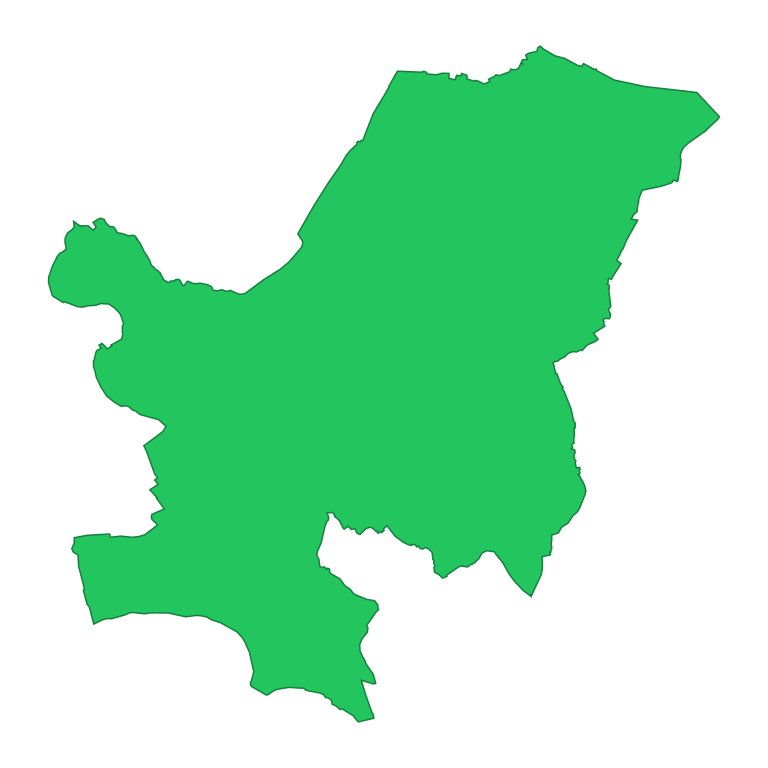 the district of Oude IJsselstreek, Gelderland, Netherlands
{"feature_id": "6326949B61856453224086", "entity_name": "Oude IJsselstreek", "entity_type": "district", "adm_level": 2, "iso_a3": "NLD", "parent_name": "Netherlands", "parent_adm1": "Gelderland", "projection": "orthographic", "projection_center": [6.392, 51.903], "detail": "fine", "context": "isolated", "style": "filled", "palette": "green", "viewbox_px": 768, "rotation_deg": 0, "n_neighbors": 0, "source": "geoboundaries", "source_scale": "gbopen_adm2", "svg_char_len": 6029}
<svg xmlns="http://www.w3.org/2000/svg" viewBox="0 0 768 768"><path d="M719.5,116.8L696.8,92.5L645.3,86.6L614.5,80.1L596.2,70.4L596.2,69.2L593.3,69.3L593.4,68.9L583.5,63.6L581.9,66.3L577.7,65.4L564.4,58.3L554.9,55.8L543.7,49.2L540.2,46.1L537.6,48.0L537.0,51.3L528.2,53.4L525.7,55.1L527.3,59.5L522.5,59.8L521.4,62.1L522.7,63.8L520.8,63.4L519.1,67.5L518.0,68.7L514.8,69.9L510.5,69.2L510.0,71.6L499.7,75.5L495.9,74.9L494.2,76.5L488.6,79.2L489.8,81.3L484.1,84.2L478.5,81.2L475.0,80.4L474.3,81.1L467.1,79.1L466.9,75.2L461.6,73.5L460.8,76.0L456.6,75.3L455.2,79.7L448.9,78.5L449.1,73.4L442.3,73.2L436.2,74.8L427.3,74.0L426.3,72.2L423.6,71.3L421.8,72.2L397.4,71.2L388.8,86.3L389.0,86.9L384.3,95.3L373.2,113.6L362.9,140.2L360.9,140.6L360.2,141.9L358.7,141.3L357.7,141.8L356.9,142.7L356.9,144.3L349.6,151.2L346.4,155.1L340.4,165.5L329.0,181.8L313.8,205.8L297.8,233.9L302.8,241.6L302.2,245.6L301.3,247.6L289.2,261.8L280.3,269.2L263.9,279.5L244.8,293.7L240.8,294.3L238.3,293.9L230.2,290.4L226.8,291.5L221.8,289.7L217.5,290.8L213.2,290.4L211.5,286.6L207.4,284.7L200.2,283.2L194.0,283.8L187.9,281.3L187.0,281.5L184.7,285.0L182.9,285.7L180.2,280.7L178.8,279.4L175.8,279.6L174.2,280.9L170.4,281.1L169.6,282.2L168.2,282.5L163.5,279.7L160.2,272.9L157.6,270.4L155.4,269.6L154.2,267.5L151.2,265.2L150.3,261.9L147.8,257.1L144.3,251.9L140.1,243.2L136.4,238.7L137.1,238.7L134.9,235.9L133.0,235.2L128.5,235.9L122.6,233.6L117.4,232.8L114.1,227.3L112.6,226.6L109.8,226.7L105.6,222.6L104.3,219.6L100.9,218.2L98.2,219.1L93.0,222.4L96.1,226.8L93.5,230.4L88.1,225.8L81.2,225.8L80.8,226.5L73.6,221.4L74.1,227.3L71.6,230.0L67.4,233.1L65.2,237.9L65.0,242.2L66.3,248.9L62.5,252.1L59.9,253.2L57.5,256.0L52.3,266.4L48.7,277.1L48.5,282.5L52.1,295.0L53.1,296.3L63.2,302.6L64.9,301.9L77.7,306.7L82.7,307.1L88.1,305.8L95.6,305.3L100.7,303.6L108.9,304.0L114.9,308.2L120.3,314.0L123.6,323.7L122.3,326.5L122.4,332.4L122.9,333.7L121.5,339.2L110.8,345.2L111.5,346.4L107.0,349.0L105.6,346.8L101.9,343.4L99.0,345.2L101.2,348.4L97.1,350.3L95.9,352.3L94.0,360.8L93.4,360.9L93.6,367.1L94.7,369.9L96.3,377.1L100.9,387.0L106.7,396.1L113.7,401.7L120.8,406.2L126.3,405.8L129.1,406.8L132.2,409.9L135.5,411.0L140.2,414.6L158.6,419.6L166.0,426.4L162.7,431.7L143.8,445.8L146.2,450.4L154.7,474.0L157.7,477.9L154.6,480.1L158.2,484.3L149.8,489.8L157.0,497.5L156.3,497.9L164.2,509.0L151.9,514.3L151.3,517.0L152.0,519.5L157.6,525.0L144.8,534.8L138.9,536.5L132.3,537.3L120.5,536.1L110.5,537.3L109.6,534.0L87.4,535.3L74.3,537.7L74.2,543.1L71.8,548.6L73.3,552.1L78.1,555.0L78.6,566.1L84.5,589.0L83.3,590.0L87.0,604.0L89.3,607.0L93.8,624.1L102.1,619.9L107.4,618.5L111.2,618.8L125.0,614.9L129.4,612.9L133.3,612.5L144.6,613.8L150.9,612.8L168.3,613.0L185.7,616.8L196.3,615.4L201.2,615.8L207.2,617.1L211.5,619.8L220.7,622.8L236.9,631.8L242.5,637.9L244.8,641.9L249.4,652.2L253.7,671.4L252.9,675.5L250.4,683.6L250.7,685.3L251.7,686.6L266.4,695.1L268.3,694.5L274.1,690.5L278.0,689.1L289.0,687.4L304.0,688.3L306.0,690.3L320.1,693.1L324.2,694.9L324.6,696.3L325.7,697.6L327.8,697.7L330.4,699.4L331.6,700.9L332.1,704.0L332.6,704.4L336.2,706.1L339.7,709.3L342.4,709.0L353.0,715.6L358.2,721.9L373.9,718.2L373.0,713.9L371.8,712.1L365.7,694.9L361.3,680.3L373.6,684.0L375.7,683.3L373.2,674.2L366.1,664.1L364.8,660.3L362.5,656.5L360.0,650.9L359.7,644.6L361.9,639.1L367.4,632.2L367.9,627.8L366.6,625.5L376.2,611.9L378.5,609.6L378.0,608.5L377.9,605.2L374.5,600.6L367.0,599.5L355.5,594.8L353.0,593.0L350.2,589.2L345.0,585.9L340.0,578.9L330.5,573.5L329.7,572.0L329.5,569.1L327.5,568.2L326.4,569.1L324.3,566.9L322.7,567.4L319.9,566.8L318.8,559.0L316.8,555.5L317.4,551.4L321.1,543.1L324.6,527.7L326.7,521.7L328.4,520.0L328.7,517.4L327.1,512.9L332.1,512.6L334.0,513.5L333.9,514.5L335.1,515.6L334.7,516.9L336.2,517.5L340.1,521.5L340.6,523.4L342.1,525.6L342.4,527.3L344.1,529.1L348.6,526.2L350.9,529.4L355.1,528.8L356.6,532.9L360.0,534.5L365.9,528.6L368.8,527.5L371.4,527.5L374.6,529.7L375.5,531.1L377.4,531.1L377.2,532.8L378.7,533.1L380.4,531.4L381.8,532.6L384.1,530.3L383.3,529.1L387.0,525.7L395.1,536.3L403.8,542.6L409.0,545.0L411.8,545.2L413.9,544.2L415.5,545.1L416.8,546.9L418.9,546.2L420.3,548.6L423.1,549.0L425.3,547.4L428.8,549.1L432.2,552.6L432.8,559.5L434.0,560.5L433.7,563.2L434.9,565.9L433.9,567.5L434.5,572.2L439.0,574.7L442.6,578.1L446.9,576.5L446.5,575.4L447.7,574.4L460.2,565.9L467.5,567.0L470.5,564.7L473.9,563.4L478.9,558.6L482.1,552.9L487.1,550.7L494.6,551.9L496.2,554.7L502.7,562.5L509.0,573.8L514.4,581.2L523.4,590.7L531.1,596.4L531.0,594.7L531.7,595.1L541.3,574.5L542.4,568.2L542.2,556.6L550.2,555.0L550.6,552.3L549.9,552.1L550.7,551.4L551.8,548.1L551.2,543.5L551.7,540.8L551.7,535.1L558.4,533.0L561.5,527.3L567.8,523.4L572.9,515.8L577.5,511.7L579.6,508.2L585.3,493.9L585.5,490.8L585.9,490.9L584.5,485.3L583.0,482.2L579.5,475.8L578.1,474.9L580.0,473.6L579.4,470.4L580.1,468.9L579.6,467.3L576.6,468.1L575.9,466.6L575.3,462.8L575.9,460.7L574.3,458.8L574.0,455.7L574.4,453.2L575.1,452.9L574.8,450.1L571.4,448.9L572.5,448.0L572.6,446.9L571.7,446.0L571.7,444.5L574.1,443.0L573.7,440.3L574.4,434.3L574.1,427.9L575.1,427.9L575.3,423.1L573.8,421.2L570.8,408.2L564.0,391.2L562.1,388.3L563.2,387.4L560.6,383.7L556.8,373.5L555.7,373.6L553.7,364.6L552.9,363.3L554.0,361.9L557.8,361.0L560.6,358.8L564.9,356.8L567.7,353.8L570.5,352.4L572.6,351.7L576.9,351.9L580.6,349.9L582.2,350.5L586.9,345.1L595.5,341.4L598.0,339.2L593.6,333.1L604.9,326.1L603.7,324.1L604.0,321.5L603.1,320.1L603.4,319.3L605.7,318.4L609.4,318.7L610.6,315.5L610.1,313.2L608.3,310.1L610.8,306.3L608.6,289.0L609.2,288.8L609.4,287.1L608.8,284.8L607.1,284.1L608.1,282.7L608.1,280.1L608.6,278.3L611.5,279.4L612.7,276.7L621.1,263.6L616.9,260.5L622.2,249.4L623.0,248.9L626.4,240.5L637.7,220.1L631.2,219.2L633.8,214.4L637.1,211.7L637.5,206.8L638.7,201.3L638.7,200.5L638.2,200.4L642.2,190.2L660.6,186.4L670.6,183.2L672.0,182.5L673.6,180.0L677.2,181.6L678.4,179.3L678.0,179.1L680.4,167.0L681.0,159.6L680.4,157.9L680.3,155.5L681.5,151.2L683.7,147.3L688.3,143.1L705.2,131.1L717.9,119.1L719.5,116.8Z" fill="#22c55e" stroke="#15803d" stroke-width="1.5"/></svg>